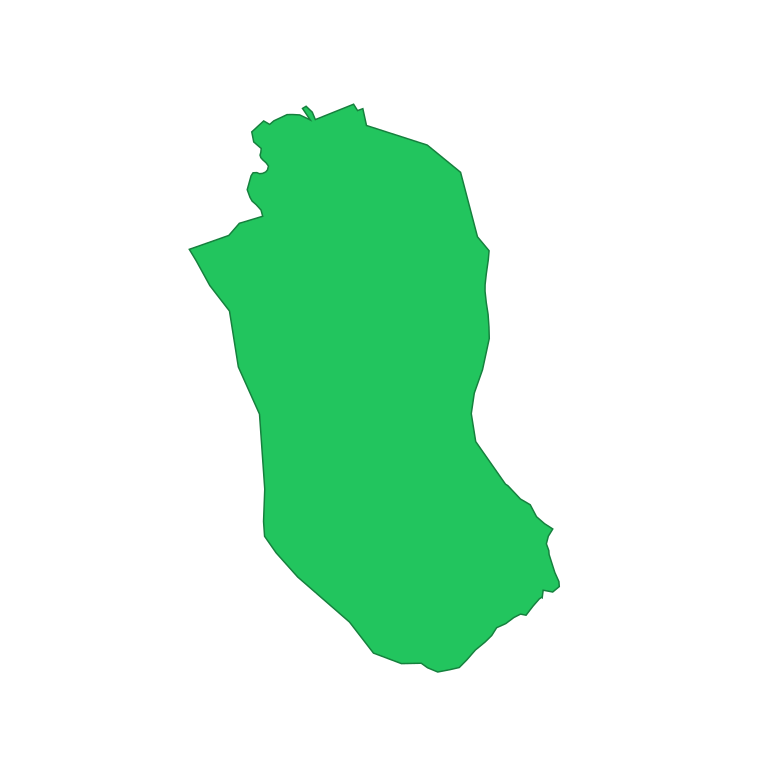 outline of Penampang, Sabah, Malaysia, rotated 41°
{"feature_id": "92858781B3711047407086", "entity_name": "Penampang", "entity_type": "district", "adm_level": 2, "iso_a3": "MYS", "parent_name": "Malaysia", "parent_adm1": "Sabah", "projection": "mercator", "projection_center": [116.197, 5.858], "detail": "fine", "context": "isolated", "style": "filled", "palette": "green", "viewbox_px": 768, "rotation_deg": 41, "n_neighbors": 0, "source": "geoboundaries", "source_scale": "gbopen_adm2", "svg_char_len": 1466}
<svg xmlns="http://www.w3.org/2000/svg" viewBox="0 0 768 768"><g transform="rotate(41 384 384)"><path d="M552.6,594.0L580.6,583.6L595.3,570.3L603.0,569.6L613.5,566.1L621.2,556.3L626.8,548.6L627.5,538.1L627.5,524.8L629.6,512.2L630.3,503.1L628.9,494.0L633.1,484.9L635.2,475.1L638.0,468.1L642.9,465.3L642.2,454.1L642.2,444.3L642.9,441.5L643.6,441.5L639.4,435.2L647.8,430.3L649.2,421.9L645.7,418.4L636.6,414.2L620.5,404.4L617.7,401.6L611.4,398.1L607.9,391.1L606.5,382.7L596.7,384.1L586.2,384.1L573.6,379.2L562.4,381.3L544.4,379.5L543.3,379.6L541.4,379.9L491.0,367.3L469.3,349.1L458.1,331.6L449.0,308.6L433.6,280.6L425.9,272.2L416.8,263.1L407.7,255.4L399.4,247.7L395.2,242.8L388.9,233.7L381.2,221.8L375.9,214.5L358.0,211.6L302.9,174.0L259.9,175.3L201.2,200.4L187.4,190.1L184.7,195.0L177.5,192.8L158.7,229.5L151.5,225.9L143.0,225.5L141.7,229.5L155.1,233.1L143.9,236.2L138.1,240.7L134.1,244.3L128.2,257.7L127.4,263.1L120.6,264.4L118.8,280.5L126.9,286.8L131.8,286.8L136.8,286.8L139.0,289.9L140.3,292.6L142.6,294.0L145.7,294.4L149.7,294.4L153.8,295.3L155.6,298.9L155.6,301.6L154.2,304.7L152.0,307.0L149.3,307.9L146.6,310.5L147.1,314.1L153.3,327.1L160.5,331.1L164.5,332.5L169.9,332.5L177.1,333.4L182.4,337.0L169.4,357.6L169.4,373.7L148.7,410.1L161.4,414.2L188.0,424.0L219.5,430.3L262.9,466.7L309.8,488.4L324.5,503.1L363.0,541.6L383.3,566.8L393.8,577.3L413.3,582.2L445.5,586.3L490.3,586.3L514.1,586.3L552.6,594.0Z" fill="#22c55e" stroke="#15803d" stroke-width="1.5"/></g></svg>